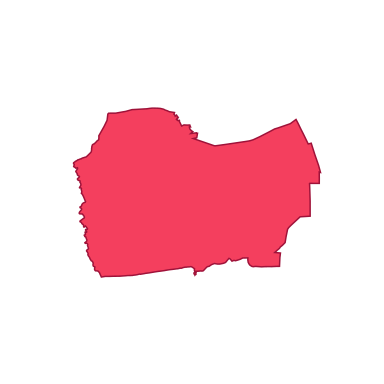 outline of Burla, Suceava, Romania, rotated 43°
{"feature_id": "2599482B88852638453630", "entity_name": "Burla", "entity_type": "district", "adm_level": 2, "iso_a3": "ROU", "parent_name": "Romania", "parent_adm1": "Suceava", "projection": "orthographic", "projection_center": [25.922, 47.785], "detail": "fine", "context": "isolated", "style": "filled", "palette": "rose", "viewbox_px": 384, "rotation_deg": 43, "n_neighbors": 0, "source": "geoboundaries", "source_scale": "gbopen_adm2", "svg_char_len": 5902}
<svg xmlns="http://www.w3.org/2000/svg" viewBox="0 0 384 384"><g transform="rotate(43 192 192)"><path d="M205.2,293.8L205.9,292.8L207.3,291.2L208.5,289.6L208.6,289.4L209.7,287.7L210.3,287.4L211.7,285.6L212.7,284.3L213.7,282.9L214.8,281.6L215.8,280.4L217.4,278.3L219.3,275.8L221.2,273.4L223.3,270.9L225.4,268.3L226.8,266.4L228.6,264.1L230.5,261.9L232.4,259.6L233.2,258.6L233.7,258.1L234.1,257.6L234.5,257.0L234.8,256.6L235.2,255.8L235.8,255.4L236.4,254.7L236.6,254.4L236.7,253.9L237.1,253.3L237.7,252.4L237.9,252.1L238.1,251.8L238.8,251.1L239.4,250.5L239.9,249.8L240.3,249.4L241.0,248.7L241.6,248.0L242.0,247.4L242.4,247.1L244.1,246.7L246.2,246.4L246.9,247.5L247.5,247.8L248.0,248.1L248.4,248.3L248.8,248.6L248.9,248.9L248.6,249.4L248.7,250.0L249.4,250.5L249.9,250.5L250.2,250.5L250.8,250.8L250.7,250.2L251.0,249.8L251.0,249.4L250.3,248.9L249.9,248.3L249.7,247.6L249.1,247.2L251.1,245.1L252.2,243.8L252.9,243.3L253.4,242.8L253.9,242.1L254.0,241.6L254.0,238.9L254.0,237.4L254.2,236.0L255.2,234.7L255.5,233.2L255.9,231.6L257.2,229.0L259.8,227.3L261.5,225.7L263.5,222.9L264.4,221.2L264.6,220.0L264.4,218.0L264.3,215.3L265.4,215.0L266.6,215.1L268.4,215.3L269.3,213.4L270.7,212.6L272.0,210.4L273.2,208.2L274.1,205.7L277.8,202.1L278.6,203.0L279.5,203.9L280.3,204.5L281.0,205.1L281.8,205.4L282.4,205.6L283.4,205.9L284.1,206.0L285.0,205.8L285.6,205.8L286.7,205.5L287.8,204.8L288.4,204.0L289.3,203.0L290.4,202.1L293.9,199.3L296.1,197.0L298.8,194.4L301.1,192.3L304.4,188.9L306.7,186.7L300.9,179.9L298.3,176.3L293.8,179.8L294.0,176.6L294.4,173.7L294.1,172.0L294.5,169.3L294.6,165.5L293.6,164.0L291.2,160.4L289.2,157.1L287.7,154.7L287.3,154.0L287.0,152.1L287.1,149.0L288.0,136.4L293.5,130.6L294.9,129.1L287.4,121.1L284.7,118.2L276.0,109.4L273.7,107.1L272.2,105.7L272.2,105.4L275.8,102.1L279.2,98.9L275.7,95.1L271.5,90.7L272.0,90.5L272.7,90.1L266.4,86.2L256.0,80.7L245.9,75.0L245.1,76.3L244.2,77.6L233.8,73.6L229.1,71.9L222.6,69.4L218.9,68.1L218.6,68.0L217.4,74.4L217.2,75.2L214.7,79.9L211.2,86.5L209.4,89.6L207.6,94.9L203.9,105.2L201.1,112.1L200.3,113.5L199.1,115.5L196.6,118.7L190.6,126.2L184.6,133.7L179.8,139.6L177.5,142.4L176.7,143.0L169.3,146.3L159.7,150.6L156.5,152.0L158.5,149.1L156.0,145.3L155.3,146.0L154.9,145.7L151.2,150.1L151.4,147.3L151.0,147.4L149.7,147.5L148.4,147.5L147.6,147.4L147.1,147.1L146.3,146.7L145.7,146.1L146.5,145.4L146.0,145.2L145.4,144.9L144.7,144.5L142.9,146.3L140.3,148.5L139.6,150.4L139.4,150.8L137.5,150.1L136.6,149.7L135.4,149.3L134.5,148.9L134.2,148.4L133.9,148.2L133.7,148.6L133.3,149.1L132.9,149.4L132.3,149.5L131.2,149.5L131.5,148.3L130.8,148.2L130.9,147.8L131.0,146.8L129.5,146.7L128.9,146.4L128.2,146.3L128.0,148.0L127.3,147.6L126.5,147.4L125.7,147.4L125.0,145.8L121.3,148.3L120.5,148.8L118.6,149.4L116.4,150.4L115.9,150.5L114.8,150.8L113.0,151.8L111.8,152.5L109.7,154.2L106.9,156.7L105.8,157.7L104.1,159.6L102.0,162.2L101.2,163.0L95.1,169.4L92.0,172.6L88.5,178.3L86.6,180.8L82.4,186.4L77.3,191.2L77.3,192.4L81.0,197.5L83.0,204.0L85.5,214.4L86.8,215.7L88.1,217.4L87.8,219.0L87.7,219.4L87.8,220.8L87.7,221.4L87.7,222.8L87.7,223.3L87.3,224.0L87.0,225.3L87.1,225.7L87.5,226.5L87.9,227.3L88.6,228.1L88.8,228.5L89.1,228.9L89.9,229.7L90.9,231.3L91.0,232.3L90.9,235.2L90.8,237.1L90.7,238.2L90.5,238.9L90.0,239.6L89.0,241.4L88.6,242.0L88.4,242.8L88.4,243.1L88.3,243.3L87.9,243.8L87.6,244.4L87.3,245.1L86.8,246.1L86.6,246.2L86.6,246.6L86.4,247.4L86.1,248.5L85.8,249.0L85.8,249.7L85.7,250.1L85.7,250.4L85.6,250.7L85.5,251.4L86.0,251.9L86.1,252.1L86.5,252.1L86.9,252.1L87.2,252.2L87.5,252.7L87.8,253.5L88.0,254.0L88.6,254.1L89.0,254.0L89.5,253.8L89.9,253.7L90.4,253.9L90.8,253.8L91.1,253.4L91.5,252.8L91.7,252.4L92.0,252.5L92.2,252.8L92.6,253.5L92.6,254.2L92.8,255.5L93.0,256.2L93.5,256.4L94.2,256.6L95.4,256.8L95.9,257.0L96.3,257.6L97.2,257.7L97.7,257.6L98.8,257.4L99.3,257.6L99.4,257.9L99.4,258.1L99.3,259.1L99.2,260.4L99.4,260.7L99.9,261.0L100.6,261.0L101.3,260.8L102.2,260.4L102.7,260.3L102.9,260.5L103.4,261.3L104.0,261.4L104.8,261.7L105.8,262.4L106.2,263.1L106.6,265.2L106.8,265.6L107.1,265.6L107.3,265.3L107.7,265.0L108.1,264.8L108.7,264.8L108.9,265.0L109.0,265.5L109.6,265.9L109.8,266.0L111.4,267.1L111.7,267.8L111.9,268.4L113.4,268.5L115.6,269.3L117.2,270.0L119.0,270.9L120.7,271.6L120.9,272.2L120.8,272.5L120.3,273.4L119.9,274.6L119.9,275.5L120.0,276.2L120.6,277.3L120.7,277.8L120.5,278.4L120.3,279.4L120.5,279.6L120.9,279.8L121.4,279.7L122.0,279.4L122.6,279.5L123.1,280.0L123.3,280.9L123.4,282.6L123.5,283.6L123.9,284.4L124.3,284.6L124.9,284.5L125.4,284.0L126.2,283.4L126.7,282.9L127.5,282.9L128.3,283.1L128.8,283.3L129.4,283.2L130.0,283.5L130.6,283.9L130.9,284.5L130.7,284.9L130.5,286.1L129.9,289.6L130.1,289.9L130.4,290.1L130.9,289.9L131.5,289.8L132.2,289.8L133.0,290.2L133.9,290.2L134.5,290.0L135.4,290.3L136.1,291.0L136.6,291.4L137.0,291.3L137.0,290.6L137.2,289.6L137.9,289.6L139.6,289.9L140.6,290.1L140.9,290.6L140.9,290.9L140.4,291.3L139.8,292.0L140.0,292.4L141.2,292.7L142.1,292.9L142.3,293.2L142.1,293.6L141.2,294.1L141.3,294.4L141.5,294.6L142.1,295.0L142.8,295.4L143.0,295.9L143.0,296.4L142.6,296.8L142.6,297.0L142.8,297.2L143.5,297.4L144.0,297.6L144.5,297.6L144.8,297.3L145.3,297.5L145.7,297.7L146.5,298.2L147.9,298.8L148.4,299.6L148.5,300.5L148.2,302.1L148.5,302.3L148.9,302.3L149.2,302.2L149.7,301.5L150.5,301.2L151.0,301.2L151.6,301.5L151.7,301.9L152.0,302.3L152.4,302.6L153.3,303.0L154.8,303.9L155.0,304.3L154.9,304.9L154.7,306.1L154.8,306.7L155.2,307.1L156.0,307.2L157.1,307.5L158.0,307.9L158.4,308.3L158.6,308.9L159.7,309.4L160.6,309.5L161.5,309.7L163.6,310.6L165.3,311.0L166.1,310.7L167.2,310.9L168.4,311.5L168.8,312.3L170.0,313.4L170.6,313.5L171.1,313.4L171.8,313.0L172.3,313.3L172.7,314.1L173.7,315.2L174.7,315.5L175.3,315.4L176.3,314.5L177.1,314.0L178.0,314.0L179.3,314.1L180.6,314.7L183.7,316.0L186.1,312.9L189.0,310.2L191.8,307.4L196.6,302.8L200.5,298.6L202.0,296.9L205.1,293.9L205.2,293.8Z" fill="#f43f5e" stroke="#9f1239" stroke-width="1.5"/></g></svg>